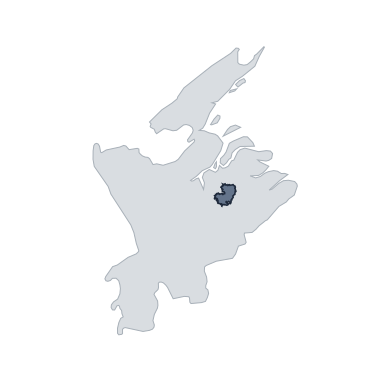 Gopalganj, Dhaka, Bangladesh (highlighted), rotated 239°
{"feature_id": "16705992B87804307332289", "entity_name": "Gopalganj", "entity_type": "district", "adm_level": 2, "iso_a3": "BGD", "parent_name": "Bangladesh", "parent_adm1": "Dhaka", "projection": "orthographic", "projection_center": [89.898, 23.107], "detail": "fine", "context": "in_parent", "style": "filled", "palette": "slate", "viewbox_px": 384, "rotation_deg": 239, "n_neighbors": 0, "source": "geoboundaries", "source_scale": "gbopen_adm2", "svg_char_len": 8068}
<svg xmlns="http://www.w3.org/2000/svg" viewBox="0 0 384 384"><g transform="rotate(239 192 192)"><path d="M134.9,267.7L134.9,259.1L129.3,242.1L129.6,240.3L128.5,232.1L127.1,227.6L126.4,222.7L129.8,215.8L128.5,214.7L121.0,212.5L120.1,210.7L121.7,203.9L116.4,197.4L114.3,192.6L120.2,177.1L121.7,166.3L121.3,164.2L117.8,161.8L111.6,160.7L107.3,158.7L104.7,155.6L102.6,154.3L99.9,155.2L96.5,154.0L93.7,150.9L91.3,147.2L92.3,143.2L96.9,133.7L98.6,133.4L102.5,135.3L103.9,135.3L106.5,131.6L110.2,120.9L122.7,121.9L125.7,121.6L128.8,120.7L130.5,119.4L131.5,117.7L131.2,116.2L127.4,114.1L125.9,112.6L124.9,108.3L123.8,106.7L116.3,106.4L112.4,104.4L110.3,102.6L106.5,96.7L101.9,92.3L97.4,91.2L95.7,89.8L94.8,87.5L95.3,84.3L97.7,78.2L110.2,64.9L110.5,63.5L110.1,61.7L106.5,59.6L106.2,58.5L107.3,55.7L109.3,55.4L113.6,58.0L117.8,62.1L120.4,65.8L120.4,68.7L123.8,69.3L126.6,70.6L129.5,70.3L131.4,71.0L132.6,70.7L133.1,69.1L130.7,64.9L131.9,63.1L134.7,63.2L136.8,64.8L138.2,68.1L138.5,73.1L141.8,77.7L146.1,80.9L149.6,82.4L153.7,83.5L157.2,82.5L159.0,79.3L158.2,76.5L158.8,73.9L160.2,72.5L162.4,72.6L164.0,74.6L168.9,85.5L167.9,90.3L168.9,103.6L167.7,112.3L168.5,115.6L169.3,116.2L176.6,117.8L187.2,121.3L195.3,122.6L231.9,121.4L239.9,123.0L264.3,121.4L271.0,124.0L278.3,128.5L282.4,131.8L283.2,133.7L282.8,135.3L281.4,136.3L278.9,136.3L273.2,134.2L272.2,134.9L272.2,140.1L267.7,153.3L267.1,157.4L265.5,159.0L260.7,159.9L257.6,167.6L256.2,168.6L253.0,166.9L251.1,167.2L248.6,168.0L246.1,169.8L244.4,172.0L242.5,172.8L235.6,172.7L234.3,176.3L229.8,181.0L226.8,193.3L227.1,197.1L231.0,206.9L233.8,219.6L234.9,220.9L236.2,221.0L236.2,215.1L237.4,214.4L239.0,215.0L242.4,222.8L244.3,224.8L247.1,225.4L250.4,224.1L252.8,221.8L253.8,219.3L252.8,210.7L254.3,207.2L259.9,201.9L260.7,200.3L260.2,191.7L262.3,191.4L265.2,192.0L268.7,189.9L269.8,189.9L271.4,192.0L273.9,191.6L278.0,208.6L278.5,220.6L279.5,227.3L280.9,228.8L285.4,238.7L290.0,274.0L290.9,296.3L292.7,303.9L291.3,305.7L289.9,306.0L288.6,303.4L279.3,297.9L277.1,298.5L274.0,301.8L272.8,304.9L273.4,309.2L274.4,313.4L276.7,315.8L276.9,318.5L279.5,328.5L278.8,328.6L273.6,319.5L267.4,310.6L265.2,294.5L264.9,286.5L260.6,277.1L256.5,260.8L258.2,255.0L255.3,257.6L250.6,247.8L243.4,238.3L241.2,234.1L241.1,229.9L238.1,234.1L233.9,237.1L229.7,241.5L226.9,242.9L217.9,243.8L212.6,237.9L205.1,223.5L204.1,220.3L205.0,211.8L203.2,203.8L202.7,196.7L201.4,197.4L200.9,199.3L201.2,202.3L200.6,204.8L188.2,203.2L193.5,207.4L199.2,208.4L202.2,212.1L202.4,218.4L196.8,222.2L197.3,225.4L200.6,229.3L196.7,230.4L195.6,232.9L195.5,236.5L198.3,242.1L197.8,244.3L202.6,251.5L203.5,255.0L202.4,259.9L192.2,269.9L189.2,277.0L186.7,280.3L183.5,280.9L179.7,277.5L179.6,274.1L180.4,271.4L185.7,264.8L182.8,265.7L174.5,271.1L172.9,266.7L171.9,262.6L171.9,257.6L175.9,250.1L171.3,253.8L170.1,258.5L170.6,264.0L170.1,267.9L168.3,273.0L165.8,276.0L161.9,278.0L160.2,281.0L157.6,283.2L156.6,273.0L153.9,259.1L153.2,262.1L154.7,270.7L154.6,276.2L152.4,280.7L148.1,285.4L144.8,286.0L142.8,285.3L136.7,278.1L136.2,271.4L134.9,267.7ZM210.7,267.9L203.0,269.6L199.1,269.1L206.3,256.6L206.1,251.0L204.9,246.5L201.2,242.9L201.0,240.3L199.3,236.7L198.5,232.6L202.5,231.2L205.9,233.6L207.1,238.3L208.7,241.8L214.5,249.1L214.4,253.6L212.9,264.5L210.7,267.9ZM227.0,263.7L222.4,267.0L223.8,247.4L227.3,254.7L228.2,258.6L227.0,263.7ZM244.7,253.7L242.7,255.1L240.8,253.9L238.3,249.3L239.4,243.5L240.2,242.6L243.2,248.6L244.7,253.7ZM262.5,294.9L259.8,295.1L258.5,293.8L259.1,291.8L258.3,285.4L261.7,284.7L263.0,290.1L262.5,294.9ZM259.3,277.1L257.4,283.5L256.6,280.7L257.9,275.1L259.3,277.1ZM204.5,226.5L205.3,228.5L201.0,225.9L199.9,224.1L201.8,223.1L204.5,226.5Z" fill="#d9dde1" stroke="#a8b0b8" stroke-width="1"/><path d="M174.0,231.6L173.8,231.3L173.8,231.2L174.0,231.3L174.3,231.5L174.5,231.7L174.5,231.8L174.8,231.8L175.1,231.8L175.2,231.5L175.5,231.5L175.8,231.4L175.9,231.2L176.2,231.2L176.5,231.1L176.9,231.1L177.2,231.1L177.3,231.0L177.3,230.9L177.3,230.5L177.4,230.3L177.3,230.1L177.4,229.9L177.5,229.9L177.6,229.7L177.6,229.4L177.9,228.8L178.0,228.3L178.0,228.1L178.1,227.9L178.4,228.0L178.9,228.1L179.0,228.0L179.0,227.8L179.2,227.5L179.0,227.4L179.0,227.2L179.1,226.8L179.0,226.7L179.0,226.3L179.0,226.2L179.4,226.3L179.5,226.4L179.8,225.9L179.9,225.6L180.2,225.7L180.2,225.4L180.3,225.4L180.4,225.0L180.5,224.8L180.6,224.5L181.9,224.6L182.0,224.6L182.1,223.7L182.1,223.4L182.3,223.2L182.4,222.8L182.5,222.7L182.8,222.5L182.5,222.5L182.3,222.5L182.4,222.8L182.1,223.3L182.0,223.5L181.8,223.5L181.5,223.2L181.5,222.8L181.4,222.3L181.3,221.7L181.5,221.6L181.9,221.7L182.0,221.5L182.0,221.4L181.9,221.2L181.7,221.2L181.6,221.3L181.3,221.3L181.3,221.2L181.2,221.2L181.2,220.8L181.3,220.4L181.2,220.2L181.3,220.0L181.4,219.8L181.5,219.7L181.4,219.5L181.2,219.3L181.1,219.2L181.0,219.3L180.9,219.4L180.7,219.4L180.0,219.5L179.9,219.4L179.9,219.2L180.1,218.9L179.9,219.1L179.7,219.2L179.2,219.1L179.0,219.5L178.9,219.5L178.7,219.8L178.3,219.8L178.3,219.7L178.3,219.4L178.3,219.2L177.9,218.9L177.1,218.7L177.1,218.4L176.6,218.5L176.4,218.6L176.2,218.6L175.9,219.3L175.8,219.6L175.6,219.6L175.1,219.6L174.9,219.4L174.6,219.4L174.4,219.4L174.2,219.4L173.9,219.3L173.7,219.2L173.8,218.9L173.9,219.0L173.9,218.6L174.0,218.4L173.9,218.3L173.9,218.2L174.0,218.0L174.0,217.9L174.1,217.7L174.0,217.4L174.3,217.4L174.3,217.1L174.9,217.2L175.0,217.0L175.1,216.6L175.2,216.3L175.4,216.2L175.5,216.2L175.4,215.9L175.5,215.6L175.6,215.4L175.7,214.8L175.8,214.8L175.8,214.5L176.1,214.5L176.3,214.6L176.5,214.1L176.9,213.9L176.9,213.7L177.0,213.7L177.3,213.9L177.5,213.4L177.4,213.2L177.5,213.1L177.5,212.9L177.6,213.0L177.6,212.9L177.5,212.7L177.9,212.3L177.8,212.2L177.7,212.2L177.6,211.9L177.4,211.8L177.5,211.6L177.5,211.4L177.6,211.2L177.4,211.2L177.1,210.9L176.7,210.5L176.7,210.4L177.1,210.1L177.3,209.7L177.3,209.4L177.2,209.4L176.9,209.6L176.5,209.4L176.1,209.4L175.9,209.2L175.6,209.1L175.5,208.6L175.4,208.4L174.6,208.1L174.6,207.8L174.4,207.8L174.2,208.2L174.2,208.7L174.3,208.8L174.5,208.7L174.9,208.8L174.8,209.2L174.5,209.3L174.3,209.6L174.1,209.6L173.5,209.6L173.4,209.6L173.2,209.8L173.2,210.2L172.9,210.2L172.6,210.2L172.4,210.0L172.4,209.9L172.5,209.7L172.6,209.4L172.9,209.1L172.7,208.9L172.4,208.8L172.3,208.6L172.2,208.6L171.4,208.9L171.1,209.2L170.9,209.6L170.6,209.2L170.6,208.9L170.4,208.7L170.0,208.7L169.8,208.8L169.7,209.1L169.2,208.9L169.1,208.4L168.9,208.4L168.5,209.0L168.0,209.4L167.8,209.7L167.6,210.0L167.4,210.1L166.9,210.1L167.0,210.3L167.0,210.5L166.9,210.5L166.9,210.3L166.8,210.7L166.7,210.6L166.4,210.7L166.3,210.8L166.2,210.9L166.2,211.1L165.9,211.1L166.0,211.0L165.8,210.9L165.8,210.7L165.7,210.7L165.5,210.8L165.5,211.0L165.3,211.1L165.2,211.0L165.2,210.9L165.3,210.8L165.2,210.7L164.7,210.4L164.7,210.5L165.0,210.7L164.8,210.7L164.9,210.8L164.9,211.0L165.0,211.1L165.4,211.3L165.7,211.7L165.7,211.8L165.4,212.0L165.2,212.4L165.1,212.5L164.8,212.6L164.8,212.8L164.8,213.1L164.6,213.2L164.1,213.4L164.1,213.5L164.1,213.8L163.7,214.0L163.4,214.5L163.1,214.7L162.7,215.0L162.6,215.4L162.6,215.7L162.5,216.1L162.9,217.0L163.0,217.1L163.3,217.1L163.6,216.7L164.0,216.4L164.9,216.0L165.2,215.9L165.5,216.0L165.8,215.9L166.0,216.0L166.2,216.3L166.2,216.5L165.1,216.6L164.9,216.7L164.8,216.8L164.7,217.1L164.7,217.3L164.8,217.5L165.1,217.8L165.2,218.1L165.2,218.5L164.7,218.8L164.0,219.3L163.7,219.4L163.4,219.4L163.3,219.0L163.2,218.8L162.8,218.5L162.6,218.5L162.3,218.6L162.2,218.8L162.2,219.0L162.3,219.2L162.5,219.5L162.8,219.9L163.0,220.1L163.6,220.6L164.7,221.1L165.0,221.3L165.0,221.5L164.7,222.0L164.7,222.3L164.9,222.4L165.2,222.5L165.4,222.4L165.5,222.5L165.8,223.3L165.9,224.1L166.1,224.5L166.4,224.6L167.2,224.8L167.6,224.9L167.6,225.0L167.5,225.4L167.5,225.8L167.9,226.2L168.0,226.5L168.0,226.9L167.8,227.5L168.1,227.8L168.5,227.8L168.9,228.1L169.4,228.8L170.0,229.1L170.3,229.3L170.6,229.4L170.6,229.5L170.1,229.8L169.9,230.0L170.0,230.1L170.3,230.2L171.0,230.2L171.3,230.3L171.5,230.4L171.7,230.5L172.2,230.5L172.8,230.4L173.0,230.5L173.0,231.0L173.5,231.5L174.0,231.6Z" fill="#64748b" stroke="#1e293b" stroke-width="1.5"/></g></svg>